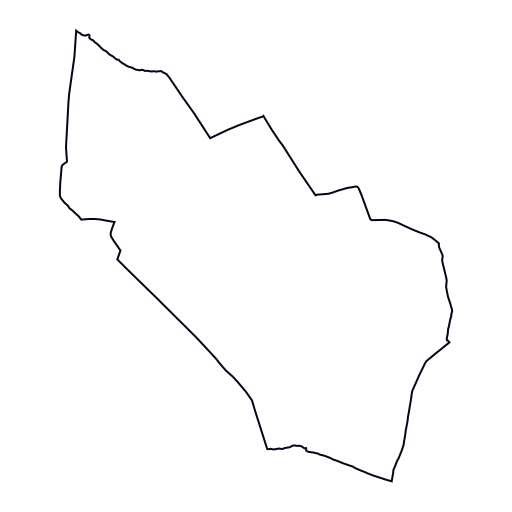 the district of Tepetitla de Lardizábal, Puebla, Mexico
{"feature_id": "50627088B59420267366292", "entity_name": "Tepetitla de Lardizábal", "entity_type": "district", "adm_level": 2, "iso_a3": "MEX", "parent_name": "Mexico", "parent_adm1": "Puebla", "projection": "albers", "projection_center": [-98.379, 19.283], "detail": "fine", "context": "isolated", "style": "outline", "palette": "ink", "viewbox_px": 512, "rotation_deg": 0, "n_neighbors": 0, "source": "geoboundaries", "source_scale": "gbopen_adm2", "svg_char_len": 3833}
<svg xmlns="http://www.w3.org/2000/svg" viewBox="0 0 512 512"><path d="M267.2,449.0L268.8,449.2L270.9,448.8L272.9,449.4L274.9,449.3L278.9,448.5L280.4,448.8L282.4,449.0L284.4,448.2L286.5,447.7L288.6,447.5L290.3,446.9L292.9,445.6L294.3,445.4L297.2,445.9L299.6,445.8L300.9,446.2L301.8,446.4L302.8,447.3L304.7,448.4L305.4,448.2L306.1,448.1L306.2,448.4L306.2,449.2L306.1,450.0L306.3,450.8L307.2,451.3L309.3,452.0L309.8,452.0L311.8,452.4L313.2,452.4L315.0,453.0L317.5,453.4L319.6,454.5L320.9,454.9L321.8,455.1L323.6,455.5L325.4,456.1L329.4,457.6L331.3,458.5L332.9,459.4L335.0,460.1L338.5,461.4L342.1,462.9L348.9,465.3L352.9,466.6L353.1,466.8L355.4,468.2L360.7,470.5L364.1,471.8L368.0,473.5L372.6,475.3L385.7,479.6L391.7,481.3L391.7,481.0L392.5,476.6L393.2,473.0L393.2,471.2L393.7,469.2L394.6,467.3L396.1,463.5L397.5,460.0L397.6,459.8L398.3,459.0L401.4,451.4L402.9,447.1L403.0,447.0L403.2,446.2L403.7,444.2L404.2,440.7L404.8,437.5L404.8,437.2L404.9,436.7L405.2,434.8L405.6,431.4L406.6,426.0L407.3,422.4L407.7,419.9L408.0,416.6L408.8,412.5L409.8,406.2L410.8,400.5L411.5,395.7L411.5,395.1L412.3,390.9L413.2,388.9L415.9,382.8L419.0,375.7L425.1,363.2L426.3,361.2L436.1,353.1L449.4,342.4L447.8,340.6L447.1,340.5L447.0,340.4L446.8,338.2L447.7,334.1L448.2,328.4L448.5,328.0L449.3,324.3L450.2,319.5L450.7,318.0L451.4,315.2L451.2,314.7L452.1,311.5L452.1,310.0L450.2,303.4L449.4,301.0L448.0,296.7L446.8,290.9L446.1,286.7L446.7,280.5L446.2,277.6L442.7,263.3L442.1,260.0L442.6,257.3L442.6,255.6L442.2,254.3L441.5,252.8L439.8,248.9L439.1,247.4L438.8,244.1L438.9,243.4L434.1,239.3L431.2,237.2L425.2,234.4L419.0,232.2L411.2,229.0L403.2,225.3L398.6,223.1L395.1,221.8L392.6,221.1L387.7,220.2L385.9,220.0L384.1,219.9L378.8,220.0L375.6,220.1L373.1,220.1L371.8,220.1L370.9,219.7L370.1,218.7L361.4,194.8L359.5,190.3L358.6,188.3L357.9,187.3L357.0,186.7L356.1,186.5L354.9,186.6L351.7,187.3L349.2,187.6L345.9,188.3L343.0,189.2L338.4,190.5L333.0,192.4L328.8,193.7L327.1,193.9L316.9,194.7L315.5,195.3L299.3,171.6L282.9,145.7L281.4,143.7L279.5,141.3L277.9,138.9L272.0,130.1L263.9,116.8L263.4,115.9L262.4,116.7L261.3,117.0L255.3,119.1L239.6,124.9L228.0,129.7L210.7,137.9L210.2,138.2L193.8,112.9L182.7,97.4L177.8,90.1L173.0,83.0L169.9,78.4L167.9,75.8L166.3,74.0L166.3,73.9L166.0,73.8L162.8,72.3L161.3,71.1L158.2,71.3L157.5,71.4L156.2,71.7L154.4,71.2L152.7,71.4L150.1,71.4L148.6,70.9L144.8,70.9L143.6,70.2L142.5,69.9L141.3,69.9L139.6,70.3L135.8,69.6L133.7,68.6L132.3,67.8L131.0,67.3L130.3,67.2L128.6,66.7L127.2,66.0L126.0,65.4L124.9,64.5L123.4,63.8L120.9,62.1L119.6,61.0L118.7,59.8L117.2,59.7L115.2,58.4L114.2,57.5L113.0,56.4L111.4,55.6L110.1,54.9L108.6,53.7L107.8,52.8L106.4,51.5L105.3,50.8L103.7,50.1L101.1,47.9L99.2,45.8L96.4,43.3L95.3,42.6L94.5,41.9L93.5,40.8L92.6,40.0L91.2,39.6L89.7,38.4L89.2,37.4L89.5,36.5L89.5,35.7L89.3,35.0L88.3,34.6L86.9,35.1L85.3,35.6L83.3,35.3L82.5,35.0L81.7,34.7L80.1,33.2L78.8,32.6L77.4,31.8L76.2,30.7L74.4,56.8L69.2,93.5L68.4,103.0L66.0,147.4L66.5,154.9L66.6,156.0L67.0,161.7L62.4,165.0L61.6,166.9L60.9,175.6L60.2,183.3L60.1,187.2L60.0,187.6L59.9,190.9L59.9,193.7L59.9,195.9L61.0,198.4L64.6,202.8L67.7,205.5L69.7,208.5L72.0,210.1L74.7,212.7L74.9,212.9L78.7,216.3L80.2,218.2L81.3,219.6L89.0,219.0L94.5,219.0L99.9,219.4L106.1,220.6L114.3,222.0L114.5,222.0L112.2,228.1L110.8,232.5L110.6,234.6L111.1,236.5L113.7,240.8L120.2,250.1L120.5,250.4L117.5,258.9L117.3,259.4L126.5,268.6L132.8,274.8L137.6,279.5L148.5,290.1L152.2,293.7L158.1,299.4L161.9,303.3L170.2,311.5L171.1,312.4L178.5,319.8L184.2,325.4L186.9,328.1L196.0,337.2L198.4,339.7L204.0,345.7L207.9,349.9L208.2,350.2L215.1,357.7L216.7,359.5L219.1,362.7L222.6,366.8L225.9,370.5L228.2,372.6L230.3,374.5L231.2,375.2L233.3,377.2L237.6,381.9L239.7,384.4L244.7,390.3L246.4,392.4L249.6,397.0L252.0,400.4L254.5,408.9L254.7,409.6L267.2,449.0Z" fill="none" stroke="#020617" stroke-width="2"/></svg>